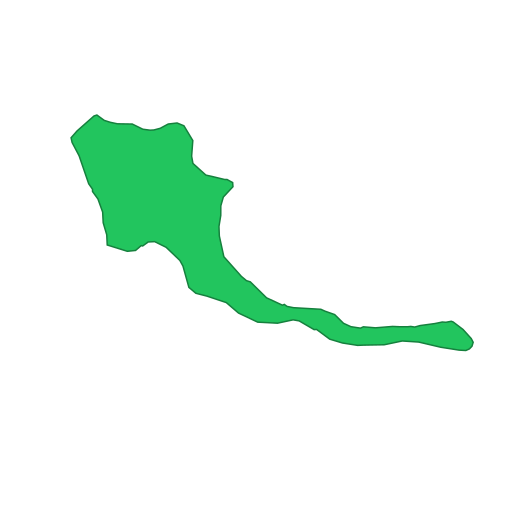 San Pedro Sacatepéquez, Guatemala (Albers equal-area conic projection), rotated 47°
{"feature_id": "79465075B65982966467051", "entity_name": "San Pedro Sacatepéquez", "entity_type": "district", "adm_level": 2, "iso_a3": "GTM", "parent_name": "Guatemala", "parent_adm1": "", "projection": "albers", "projection_center": [-90.6, 14.686], "detail": "fine", "context": "isolated", "style": "filled", "palette": "green", "viewbox_px": 512, "rotation_deg": 47, "n_neighbors": 0, "source": "geoboundaries", "source_scale": "gbopen_adm2", "svg_char_len": 1400}
<svg xmlns="http://www.w3.org/2000/svg" viewBox="0 0 512 512"><g transform="rotate(47 256 256)"><path d="M448.6,183.2L463.3,171.7L468.2,167.0L469.5,163.3L469.3,159.6L467.2,156.0L463.2,154.9L450.9,154.7L438.7,156.8L436.9,157.7L434.0,162.3L431.3,164.8L429.7,167.5L427.3,171.4L418.8,183.4L416.2,188.4L413.1,190.8L411.2,193.3L405.7,199.2L400.7,204.1L390.0,217.6L381.0,225.8L380.0,228.8L372.4,234.8L364.9,237.9L352.5,238.4L343.3,243.2L339.2,244.9L319.4,263.8L314.0,267.7L310.7,268.3L310.0,270.2L293.8,276.8L271.0,277.8L267.5,279.8L260.9,280.6L234.6,280.0L216.4,269.2L209.1,262.9L202.3,254.1L195.3,247.5L190.6,239.7L189.6,225.6L186.4,223.0L180.3,225.0L178.6,226.8L167.7,234.0L162.6,237.5L145.3,239.0L139.1,235.0L128.5,223.5L111.6,219.9L104.9,223.0L99.6,230.2L97.3,238.9L94.2,244.7L91.8,247.6L86.1,252.3L75.1,256.5L64.8,267.2L58.8,271.4L53.3,274.5L44.4,276.2L43.1,279.0L42.5,301.6L43.4,310.6L47.6,313.1L62.0,317.0L89.1,329.1L95.6,330.0L97.4,331.6L106.5,332.7L119.3,338.2L127.5,345.1L138.7,350.7L146.5,357.3L164.8,346.9L169.8,340.3L170.1,332.9L171.4,332.0L172.2,325.3L176.4,320.3L188.3,315.8L207.3,314.7L213.6,316.3L233.2,326.5L242.3,325.4L251.8,319.3L269.8,309.5L285.8,307.7L305.5,299.9L319.8,286.1L328.0,272.4L332.9,268.7L349.5,263.7L351.0,261.8L367.1,258.8L378.6,252.1L390.7,242.6L394.2,238.5L408.4,222.7L417.9,207.0L429.9,195.7L448.6,183.2Z" fill="#22c55e" stroke="#15803d" stroke-width="1.5"/></g></svg>